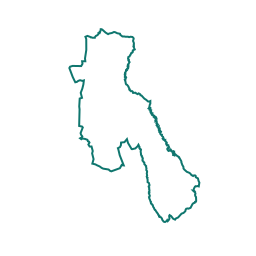 Akatsi South, Volta, Ghana, rotated 160°
{"feature_id": "2480657B79730913179219", "entity_name": "Akatsi South", "entity_type": "district", "adm_level": 2, "iso_a3": "GHA", "parent_name": "Ghana", "parent_adm1": "Volta", "projection": "robinson", "projection_center": [0.754, 6.154], "detail": "fine", "context": "isolated", "style": "outline", "palette": "teal", "viewbox_px": 256, "rotation_deg": 160, "n_neighbors": 0, "source": "geoboundaries", "source_scale": "gbopen_adm2", "svg_char_len": 5772}
<svg xmlns="http://www.w3.org/2000/svg" viewBox="0 0 256 256"><g transform="rotate(160 128 128)"><path d="M173.7,106.7L171.0,104.9L169.9,103.6L167.8,101.6L166.4,99.5L165.2,98.3L160.4,95.6L159.6,94.0L158.5,93.0L149.4,93.0L146.6,95.4L146.3,95.0L144.8,94.3L145.1,105.2L144.4,111.1L144.4,112.5L142.1,112.8L140.6,114.2L139.5,116.7L136.2,115.9L132.8,117.9L133.1,113.9L131.8,107.0L131.4,106.7L128.1,106.3L125.2,107.6L123.9,108.7L123.8,107.9L124.0,107.6L124.0,106.2L123.7,106.0L124.2,105.1L123.9,104.0L123.4,103.9L123.2,103.2L124.2,101.5L124.6,99.3L125.0,98.4L124.5,97.1L124.9,96.4L124.5,95.7L124.5,94.7L124.7,94.4L124.6,94.0L125.4,93.0L125.5,92.2L124.9,91.2L125.0,90.5L124.5,89.9L125.0,88.4L124.5,87.5L124.3,86.2L124.0,86.0L124.4,84.9L124.4,83.8L124.8,83.3L125.2,82.0L124.9,81.3L125.0,80.3L125.9,78.9L126.3,76.7L127.0,76.1L127.1,74.5L126.8,74.4L127.2,73.7L127.2,72.9L128.1,70.4L127.2,69.3L127.3,67.1L127.7,66.4L128.3,66.3L128.7,65.8L128.5,64.3L129.1,63.5L129.0,62.7L129.3,62.0L129.3,61.5L130.1,60.9L130.0,59.9L130.7,59.7L130.7,56.9L131.3,56.0L131.9,55.9L132.1,54.1L131.9,53.4L132.0,51.3L131.7,50.8L132.1,50.2L132.2,49.1L131.7,48.8L131.5,47.5L131.1,47.1L131.3,45.3L130.9,43.9L131.0,43.3L130.8,41.9L130.4,41.7L129.9,39.1L129.5,38.5L129.6,37.9L129.2,37.0L129.3,36.1L128.7,35.2L129.0,34.5L128.6,34.3L128.8,33.6L127.8,33.1L127.5,32.6L127.1,31.4L127.2,30.0L126.5,27.8L125.4,27.0L123.4,27.4L122.7,28.0L122.5,26.9L120.9,27.8L120.0,28.7L119.4,31.3L118.7,31.9L117.6,30.5L116.6,27.3L115.1,25.8L113.9,26.6L111.5,26.8L107.0,29.2L104.9,29.2L102.6,30.2L101.8,31.5L100.9,32.2L99.4,32.0L98.7,31.5L96.5,31.6L93.5,34.4L92.2,35.0L90.9,34.9L90.3,35.7L89.4,35.5L88.9,36.1L87.7,39.8L88.0,40.9L87.9,42.0L87.7,42.6L87.1,43.1L87.0,44.1L87.3,45.4L87.8,45.8L88.3,47.0L87.4,46.6L87.6,47.1L86.8,48.5L85.2,49.9L84.4,50.2L83.4,49.7L82.5,49.7L81.5,48.9L79.6,52.3L79.8,54.2L79.5,56.7L81.1,58.5L80.8,59.9L81.2,60.5L82.3,60.9L83.2,60.6L83.6,61.0L83.8,61.5L84.4,61.9L85.1,64.0L85.9,65.1L87.7,66.7L89.2,69.5L89.7,70.9L89.2,72.7L89.6,74.5L89.6,77.5L89.4,77.8L89.3,78.7L89.9,82.4L90.2,82.7L90.0,83.2L90.4,83.6L90.5,84.0L91.1,84.5L92.9,87.8L93.2,87.8L93.6,87.4L93.2,87.1L93.4,86.8L93.5,87.2L94.1,87.4L93.9,87.8L94.5,87.4L94.6,87.0L94.8,87.1L94.5,87.8L94.6,88.5L94.2,88.7L94.1,89.2L93.4,88.5L93.5,88.8L92.8,89.4L92.8,90.1L93.1,90.7L93.7,90.9L93.7,91.3L94.0,90.6L94.3,90.9L94.6,90.8L95.1,92.6L95.5,91.9L96.1,92.9L96.7,92.5L97.8,92.6L98.3,94.2L98.3,94.9L97.6,95.5L97.2,95.3L97.2,95.0L96.7,95.0L96.4,95.8L96.0,95.9L96.0,96.9L96.4,97.7L96.1,98.1L96.3,98.3L96.5,98.2L96.7,98.6L97.3,98.4L97.6,99.6L97.5,100.2L97.0,100.3L97.0,100.9L96.6,101.2L97.4,102.7L97.1,103.8L97.7,103.7L98.2,105.7L98.8,105.3L99.0,106.0L98.1,106.1L98.1,107.7L98.7,108.5L98.8,109.6L98.6,109.9L99.1,110.0L99.7,111.6L99.3,112.5L99.0,112.4L98.3,113.2L98.6,113.5L99.6,113.1L99.9,113.5L99.6,113.8L99.7,114.2L99.1,114.6L99.7,115.0L99.8,115.6L99.5,116.1L99.2,115.5L98.8,115.5L98.3,116.8L98.6,117.0L99.0,116.9L99.4,117.3L98.8,118.5L99.7,118.2L99.1,118.8L99.7,119.0L99.7,119.3L99.9,119.4L99.9,119.8L99.5,119.5L99.4,119.7L99.5,120.3L99.9,120.7L99.3,121.0L99.5,121.8L98.9,121.6L99.2,123.1L98.9,124.0L99.3,124.2L99.3,124.7L99.7,124.8L98.8,125.5L99.5,126.0L98.5,127.1L98.3,128.0L98.0,127.8L98.0,128.6L98.2,128.8L98.8,128.5L99.0,128.9L99.5,128.6L99.7,128.9L99.3,129.7L99.6,129.8L99.3,130.1L99.6,130.3L99.4,130.7L100.1,131.1L100.1,131.8L100.3,131.4L100.8,131.8L100.6,132.1L100.8,132.6L100.4,132.6L100.6,133.1L101.0,133.0L101.3,133.6L101.0,134.1L100.6,134.1L101.4,134.9L101.3,135.3L100.9,135.3L100.7,135.6L101.3,135.9L101.2,136.4L100.6,136.4L100.7,136.8L100.4,137.0L101.1,137.6L100.4,137.9L101.0,137.9L101.3,138.4L100.9,138.5L101.2,138.8L100.6,139.3L101.5,139.6L101.2,139.8L100.7,139.7L100.7,140.0L101.0,140.1L99.3,142.8L98.7,143.2L97.8,145.7L99.1,145.6L100.1,146.1L101.3,148.3L102.6,150.0L104.2,153.9L105.1,154.5L105.0,155.4L105.4,156.1L106.2,156.9L107.3,156.5L108.4,157.6L108.9,158.6L111.2,159.2L111.1,160.5L111.5,161.2L112.6,161.5L112.9,162.7L113.5,162.9L113.6,164.1L113.2,164.5L113.5,165.8L113.4,166.8L114.1,168.9L114.8,169.6L114.9,170.4L114.5,172.5L114.5,174.2L114.2,174.2L114.2,174.7L113.6,174.8L113.0,175.6L113.2,175.9L113.0,176.5L113.5,176.5L113.6,177.0L113.4,177.3L112.6,177.0L112.9,179.1L112.5,179.8L111.9,179.7L111.8,180.0L112.1,180.4L111.8,181.1L110.7,181.7L110.2,182.8L109.8,182.5L109.4,182.6L109.6,183.2L109.2,183.3L108.9,183.8L107.7,183.8L107.2,184.4L107.5,185.7L107.0,186.3L106.9,186.9L106.6,187.3L106.2,186.7L105.9,187.6L104.4,189.2L104.0,189.4L104.5,191.2L103.9,191.5L103.8,192.0L104.2,192.3L104.3,193.0L103.4,194.6L102.1,194.7L101.2,195.7L100.6,195.9L99.4,197.3L98.3,197.3L97.4,197.9L97.5,198.4L96.9,199.3L94.8,199.5L95.0,202.6L94.5,202.7L94.3,203.3L94.4,204.0L93.7,204.8L93.4,206.2L93.5,208.1L92.1,210.0L92.1,210.8L92.7,212.0L94.4,212.9L95.9,213.0L96.7,213.7L99.1,214.6L100.4,215.4L101.5,215.7L102.0,216.0L103.4,218.3L103.3,219.3L105.7,220.7L107.2,222.3L108.3,223.0L110.7,222.8L113.3,223.2L114.6,223.0L116.4,225.3L118.6,229.4L119.6,230.2L119.9,230.2L120.2,229.3L121.4,227.8L121.8,228.0L122.3,226.9L123.3,227.3L123.6,226.5L124.9,225.7L126.7,225.5L128.3,224.5L128.4,224.2L130.6,225.0L131.6,225.9L131.9,225.9L132.0,226.2L134.6,228.4L136.8,228.3L136.8,225.9L140.5,215.6L144.6,208.1L145.3,205.3L148.3,206.4L148.8,203.9L150.8,202.2L158.9,205.3L161.5,205.4L162.6,204.4L162.5,194.9L161.9,189.0L160.4,188.8L158.6,189.3L156.7,189.3L154.8,187.9L153.2,187.8L155.1,184.1L157.4,180.7L160.4,177.2L160.9,172.1L163.3,172.2L166.5,164.8L167.1,162.2L173.2,146.6L170.7,145.1L170.3,144.0L174.3,139.4L174.4,137.7L173.8,135.7L174.6,135.0L176.5,134.7L175.7,133.4L174.3,133.7L172.1,132.4L170.2,130.8L170.2,129.2L169.4,128.6L169.2,127.5L170.9,126.0L170.4,123.7L168.6,123.1L169.0,118.4L170.4,116.4L171.0,110.5L173.7,106.7Z" fill="none" stroke="#0f766e" stroke-width="2"/></g></svg>